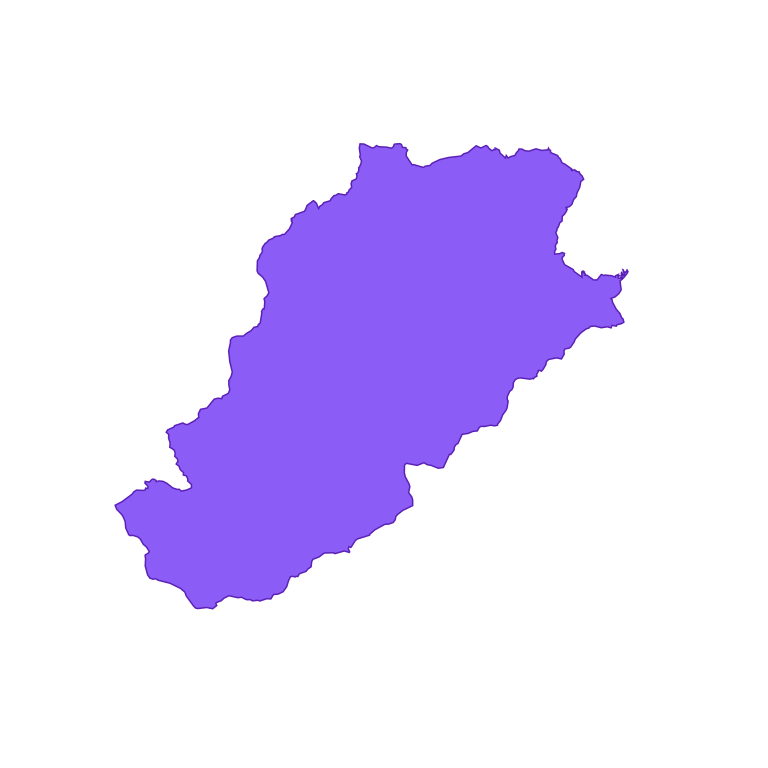 outline of Salistea De Sus, Maramures, Romania, rotated 26°
{"feature_id": "2599482B82116466406118", "entity_name": "Salistea De Sus", "entity_type": "district", "adm_level": 2, "iso_a3": "ROU", "parent_name": "Romania", "parent_adm1": "Maramures", "projection": "equal_earth", "projection_center": [24.362, 47.631], "detail": "fine", "context": "isolated", "style": "filled", "palette": "violet", "viewbox_px": 768, "rotation_deg": 26, "n_neighbors": 0, "source": "geoboundaries", "source_scale": "gbopen_adm2", "svg_char_len": 6170}
<svg xmlns="http://www.w3.org/2000/svg" viewBox="0 0 768 768"><g transform="rotate(26 384 384)"><path d="M315.0,667.5L322.6,662.6L328.5,661.1L330.8,656.4L329.2,655.1L329.0,654.2L332.8,650.0L334.1,646.6L337.4,642.3L346.4,640.1L349.5,638.1L353.7,638.2L355.6,637.9L358.3,636.4L360.8,636.6L365.2,633.8L367.6,633.4L372.7,628.4L376.5,626.8L377.0,621.6L380.9,619.3L384.4,614.9L385.4,608.8L384.4,602.6L384.4,598.2L386.3,596.8L388.6,596.5L389.2,595.5L391.0,594.7L391.1,591.6L396.0,586.7L396.8,583.5L398.6,580.3L396.8,575.1L397.0,572.7L401.5,567.8L404.4,562.1L412.4,557.9L414.2,558.0L421.5,551.5L426.6,550.6L426.7,549.9L424.1,547.7L423.8,545.5L425.7,545.5L426.0,544.9L426.8,537.5L428.0,534.9L437.3,526.2L437.0,525.4L439.8,518.9L446.3,509.7L449.7,507.8L453.0,504.4L453.6,501.2L452.7,497.8L453.5,495.1L456.3,489.3L463.1,480.7L460.6,475.7L458.5,473.3L453.7,470.8L452.3,465.0L449.8,462.4L443.8,458.1L441.2,454.9L438.1,448.1L438.2,446.5L439.5,445.3L449.5,442.6L454.5,437.2L458.2,437.6L461.8,436.5L469.7,435.9L474.0,433.0L473.6,418.6L474.9,418.1L475.8,413.6L475.8,412.0L474.9,410.4L475.2,407.0L476.5,405.1L476.3,395.0L481.2,391.6L484.8,387.5L488.4,385.3L488.7,381.1L489.7,379.6L493.0,378.1L497.9,374.3L501.8,373.1L504.0,371.4L503.8,369.9L504.7,365.6L504.2,359.7L505.2,354.0L505.1,351.6L503.1,345.0L501.6,343.9L500.3,341.3L500.2,335.5L501.4,332.9L501.4,330.4L499.7,325.9L500.0,322.8L501.7,320.2L504.0,318.7L513.0,315.7L515.2,313.8L516.1,313.8L516.3,312.3L518.0,310.0L517.0,308.5L517.2,305.4L516.6,304.4L517.3,303.7L519.9,303.4L520.6,300.9L521.0,295.6L520.2,293.3L520.7,290.8L521.9,289.2L527.8,284.8L532.5,283.7L532.9,278.3L531.3,275.5L531.3,273.1L534.7,270.6L535.6,269.0L536.5,262.8L536.2,259.8L538.5,251.7L541.6,245.8L543.7,243.8L544.2,241.9L547.7,239.6L554.6,238.2L559.6,234.7L563.5,234.0L563.3,231.3L567.4,230.2L567.4,228.7L571.1,225.5L572.5,223.3L570.4,220.8L568.4,220.1L565.3,217.3L560.0,215.0L553.6,210.4L552.2,208.4L550.4,207.7L553.5,204.4L555.5,199.8L555.9,195.4L551.0,188.0L552.9,183.2L554.1,177.6L554.0,176.1L552.1,174.5L552.6,175.5L552.0,178.0L550.1,177.8L549.2,176.6L548.7,176.6L551.9,180.0L552.1,181.2L551.1,181.3L551.0,180.6L550.5,181.0L548.3,179.0L548.8,180.4L549.4,180.3L549.5,181.5L550.1,181.4L549.5,182.2L550.5,182.0L550.7,184.0L551.1,183.6L551.8,184.8L549.8,184.4L550.2,185.3L548.3,186.2L547.4,185.3L547.8,183.6L546.9,183.7L546.7,182.8L544.7,185.1L545.2,186.5L541.1,186.9L534.9,189.2L534.1,190.1L531.3,190.3L529.9,197.0L526.8,198.6L518.7,197.3L517.0,198.0L517.2,197.4L516.2,196.6L514.7,196.5L515.2,195.9L515.0,195.0L514.8,195.7L513.9,195.1L513.1,195.4L512.6,196.6L515.0,201.2L505.8,199.6L503.8,198.2L494.1,197.6L489.5,193.9L488.8,192.0L489.6,189.6L489.0,187.5L486.5,187.7L484.9,189.7L480.5,192.5L479.2,189.9L479.4,187.4L477.6,185.1L477.2,183.2L477.8,181.1L476.5,179.1L476.1,176.3L472.0,172.6L472.1,170.2L471.4,168.6L471.8,166.4L471.3,162.0L472.6,159.5L470.7,155.1L471.7,152.6L472.2,149.0L472.0,146.5L471.2,146.7L470.2,145.6L472.9,143.3L474.1,140.1L473.6,135.1L474.7,131.3L473.7,127.7L473.7,121.5L472.1,115.6L473.7,112.5L470.9,110.2L467.8,109.1L466.6,107.8L463.5,108.7L463.1,108.1L461.2,108.0L459.4,109.8L458.3,109.2L458.6,108.6L457.6,108.3L450.1,107.1L447.1,107.2L443.4,104.2L441.6,103.9L439.9,102.5L432.4,103.0L431.2,101.0L430.0,101.1L428.5,100.0L428.6,101.7L423.4,104.9L417.5,106.0L412.1,111.3L408.4,112.5L405.1,112.4L402.3,113.6L402.5,115.2L401.6,118.1L401.4,121.3L397.8,124.4L396.6,126.5L393.7,125.0L394.1,127.7L387.2,125.6L385.1,123.3L380.5,123.2L380.9,124.9L379.9,125.1L379.4,126.3L378.3,127.0L374.4,126.0L373.0,125.0L371.2,124.9L367.6,129.4L362.4,129.5L357.9,139.3L354.8,142.1L353.4,145.3L342.9,152.0L335.7,157.9L330.4,164.6L329.6,167.4L325.5,170.2L324.4,172.1L314.6,173.8L313.1,174.7L304.0,169.3L302.5,166.0L302.7,163.3L300.7,163.0L300.0,162.0L296.8,163.2L294.7,161.1L293.0,161.0L288.4,163.7L288.1,164.9L288.5,166.4L287.4,168.8L282.7,169.9L275.4,173.0L272.7,173.0L271.6,175.8L269.8,177.1L260.8,177.1L257.2,178.7L258.4,182.9L262.3,188.5L262.5,190.4L265.9,193.3L266.7,196.1L266.8,199.6L266.4,200.6L267.7,203.2L267.9,205.8L267.0,207.1L268.7,209.0L269.1,212.1L266.2,215.4L266.7,218.6L268.8,221.4L267.6,224.8L267.9,226.8L266.8,228.7L267.2,229.6L266.3,231.1L259.3,233.1L258.0,235.6L256.5,236.5L255.3,240.4L255.3,242.9L250.3,247.5L250.0,250.0L248.5,252.2L248.3,254.9L243.9,251.1L240.4,250.1L240.0,250.5L236.6,257.2L237.0,262.1L236.6,263.9L230.1,270.5L230.2,273.1L228.1,275.9L228.3,276.6L229.5,277.0L229.2,278.1L230.9,279.3L231.0,286.0L228.9,293.3L227.1,294.1L225.9,296.0L221.0,299.6L220.4,301.7L217.3,305.2L216.4,308.7L215.6,309.5L214.9,314.0L215.3,316.4L216.3,317.5L216.7,319.1L216.1,322.6L216.7,325.3L216.2,328.7L220.3,337.9L222.4,339.7L228.0,341.1L232.7,343.8L240.5,352.5L240.3,355.8L238.8,359.9L240.7,362.2L243.0,367.8L243.3,369.1L242.4,369.3L242.1,372.3L243.2,374.2L246.0,383.5L245.0,385.5L245.2,387.8L242.3,390.0L241.2,394.3L238.1,399.0L236.7,402.5L230.5,405.6L227.3,408.9L226.7,411.7L227.9,414.4L229.9,422.4L235.6,431.5L242.3,439.6L243.3,444.0L243.0,449.0L245.0,452.9L247.9,456.8L248.1,459.5L248.0,461.0L244.2,465.8L244.6,468.3L241.0,469.5L238.0,472.1L235.4,483.2L230.2,487.2L230.2,492.1L232.1,495.2L229.8,500.1L225.3,506.5L223.3,507.3L220.3,507.2L214.1,513.2L213.9,515.0L209.7,520.0L209.4,522.8L212.6,523.7L214.1,527.1L217.6,530.7L219.2,534.8L224.0,535.2L226.5,537.4L227.7,540.8L230.9,541.7L232.9,544.0L232.2,546.2L232.5,547.2L235.4,547.5L238.8,550.5L242.6,551.5L243.5,553.8L246.5,553.2L249.3,555.3L250.0,557.2L254.9,558.7L256.5,561.7L253.1,565.8L248.8,569.1L246.1,568.4L244.3,569.4L239.6,570.0L232.2,568.4L227.9,568.4L224.0,569.9L222.2,571.6L221.4,570.6L218.9,570.4L217.4,571.2L216.0,575.1L212.1,576.2L212.6,577.9L216.8,579.5L217.5,581.4L215.4,582.1L215.8,583.8L215.1,584.8L208.0,587.9L206.4,590.6L205.8,593.6L200.1,604.7L195.5,610.8L198.7,613.8L205.8,616.4L208.6,618.3L211.8,621.3L214.9,626.5L220.6,631.3L222.0,631.6L225.1,630.0L230.0,629.4L232.9,630.2L237.9,633.6L241.9,634.6L246.6,637.6L246.0,639.9L244.4,642.1L244.5,643.0L246.3,645.6L249.2,652.3L255.1,659.1L258.6,661.1L261.7,660.8L264.3,659.1L267.0,659.4L278.9,656.9L290.6,656.9L296.2,658.3L299.2,661.2L309.7,666.8L312.8,668.0L315.0,667.5Z" fill="#8b5cf6" stroke="#5b21b6" stroke-width="1.5"/></g></svg>